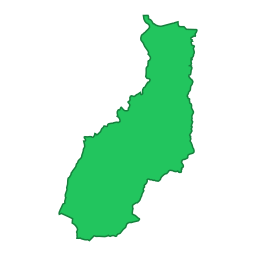 the district of Hueyapan, Puebla, Mexico
{"feature_id": "50627088B56291356806731", "entity_name": "Hueyapan", "entity_type": "district", "adm_level": 2, "iso_a3": "MEX", "parent_name": "Mexico", "parent_adm1": "Puebla", "projection": "robinson", "projection_center": [-97.395, 19.929], "detail": "fine", "context": "isolated", "style": "filled", "palette": "green", "viewbox_px": 256, "rotation_deg": 0, "n_neighbors": 0, "source": "geoboundaries", "source_scale": "gbopen_adm2", "svg_char_len": 5825}
<svg xmlns="http://www.w3.org/2000/svg" viewBox="0 0 256 256"><path d="M143.4,15.5L143.9,18.9L144.6,20.5L145.1,21.5L146.3,22.9L147.8,23.7L149.3,25.2L149.5,26.5L149.5,27.4L148.2,29.2L146.2,31.1L145.3,32.2L144.2,32.9L143.2,34.0L142.1,34.6L141.4,35.7L140.9,37.5L140.8,38.8L141.0,40.1L143.2,43.0L144.7,46.4L148.1,51.2L148.6,52.6L148.1,54.2L148.5,54.4L150.3,56.9L150.5,58.3L149.9,59.8L149.0,60.7L148.4,60.8L148.1,61.6L148.2,62.7L148.0,63.3L148.0,65.2L147.8,66.1L146.5,67.4L146.2,68.4L146.2,72.5L146.0,75.3L145.7,76.3L145.8,76.7L146.5,77.7L147.0,78.3L149.3,78.8L150.0,79.5L149.9,80.7L149.1,81.8L147.9,82.3L147.8,82.7L147.5,82.6L147.1,83.6L146.6,84.0L146.5,84.5L146.1,84.9L145.3,86.5L144.8,87.2L143.7,87.7L142.9,89.3L142.9,89.8L142.7,89.8L142.5,91.3L142.8,93.0L142.4,94.1L141.7,94.6L140.9,94.5L140.7,94.1L140.7,93.1L140.4,92.4L137.6,94.3L136.4,94.7L135.6,95.6L134.1,96.5L131.6,95.8L130.6,96.2L130.7,96.6L129.9,97.3L130.0,97.8L129.9,99.3L130.1,99.5L129.8,100.6L128.0,102.0L128.3,102.6L129.2,103.6L129.8,104.8L129.8,105.4L129.4,106.5L129.4,107.0L128.4,108.1L128.3,109.9L127.8,110.5L126.8,110.8L124.9,110.7L123.6,109.9L121.4,107.3L121.1,107.3L120.7,107.8L120.2,109.1L119.6,109.9L118.6,109.8L118.2,110.0L117.3,111.6L117.2,113.0L117.7,115.4L117.6,115.7L117.1,116.2L118.7,117.4L119.6,118.9L120.1,120.8L119.9,121.6L119.4,121.7L118.8,122.4L118.3,122.5L117.8,122.5L117.3,122.2L116.4,122.2L114.0,122.7L113.4,122.9L113.1,123.2L111.2,123.3L109.1,123.7L108.3,124.0L107.7,124.7L107.3,126.3L107.1,126.5L106.5,126.5L104.6,126.0L104.0,126.0L103.3,127.4L102.0,128.5L101.4,129.4L101.0,130.8L100.3,131.6L100.3,132.0L98.3,133.7L98.2,134.0L97.2,134.7L96.5,134.8L95.8,133.8L94.9,133.5L94.5,135.5L93.1,137.3L92.1,137.2L91.4,136.7L90.0,136.6L87.4,136.9L84.9,136.7L84.3,137.0L84.3,137.8L85.2,138.9L85.5,139.9L85.5,140.6L84.9,141.1L83.7,141.1L84.5,144.3L84.7,146.8L83.4,149.2L83.3,150.8L82.7,152.9L81.9,155.1L81.6,157.0L80.7,158.4L79.2,159.7L78.1,161.1L77.7,162.6L77.2,163.3L76.5,163.9L75.8,166.7L72.4,171.3L71.9,172.3L71.4,172.7L71.1,173.5L71.2,174.1L70.3,175.9L69.9,176.3L69.7,176.9L69.2,177.5L68.4,177.9L68.0,178.8L67.8,180.4L67.6,184.3L66.7,187.7L67.0,189.7L65.3,194.6L65.3,196.2L65.5,197.1L65.9,197.7L65.4,198.6L65.4,199.1L64.8,201.0L64.8,203.2L62.9,204.1L61.4,207.5L60.3,209.7L59.7,211.3L59.3,212.0L59.1,213.4L59.3,214.3L61.4,213.4L68.8,216.8L72.6,218.7L72.2,223.0L73.8,224.0L75.6,225.6L76.2,226.6L76.9,227.4L77.6,229.3L77.1,231.0L76.6,232.0L77.1,233.7L77.0,235.5L77.2,236.8L76.9,238.2L78.2,238.3L80.5,238.1L81.2,238.7L84.8,239.7L86.0,239.8L87.9,239.7L89.4,240.6L94.1,235.8L96.0,236.4L99.2,236.3L104.6,236.6L106.1,236.4L106.6,236.1L107.6,235.9L108.1,235.4L108.4,235.3L109.1,236.0L110.4,236.3L111.7,235.7L113.2,235.5L114.2,235.7L115.4,236.3L116.5,236.1L117.0,234.9L117.7,234.2L120.1,233.3L123.3,229.3L124.7,228.2L125.7,227.2L126.3,225.2L126.9,223.9L127.3,223.5L129.1,222.5L131.6,222.5L133.1,222.0L138.3,220.8L139.2,219.8L139.5,219.1L139.2,218.6L137.6,217.7L136.4,216.3L135.8,216.1L135.0,215.3L134.1,215.1L133.8,214.7L132.5,214.2L132.4,213.9L132.2,213.3L132.7,209.3L132.8,208.9L133.0,208.8L132.9,208.3L132.7,208.1L132.5,205.8L132.9,205.0L133.5,204.5L135.8,203.0L136.5,202.8L137.3,202.8L138.0,202.2L138.6,201.5L139.2,201.0L139.8,200.2L141.1,196.8L141.6,196.1L142.1,193.8L143.7,191.0L143.8,190.5L143.2,189.7L143.6,187.9L144.5,187.1L144.5,186.6L144.2,185.9L144.3,185.4L144.8,184.6L145.5,184.4L145.8,183.7L146.6,182.9L147.2,181.2L147.1,179.7L148.0,179.1L148.9,179.1L149.4,179.3L149.9,179.7L151.6,179.7L153.3,180.4L154.2,180.2L156.0,180.9L157.0,180.9L158.1,181.2L158.8,180.9L160.0,179.9L160.5,179.2L160.8,178.0L161.9,176.5L164.1,174.5L165.7,173.7L166.7,173.6L168.3,171.8L169.0,170.7L170.1,170.3L172.6,170.6L174.1,171.3L175.5,171.6L177.3,171.4L177.7,171.1L178.7,171.8L178.8,172.2L179.4,172.4L181.0,172.3L181.4,171.4L181.3,170.0L181.8,169.2L181.5,169.1L181.5,168.4L182.1,167.7L182.8,167.4L183.2,166.9L183.4,166.1L183.0,164.7L182.4,163.9L181.4,162.1L181.9,161.4L181.9,160.5L183.3,159.5L184.7,159.4L187.5,158.0L187.8,157.3L187.7,156.2L188.2,154.9L189.7,154.1L192.8,153.2L193.8,152.3L194.0,151.7L194.0,150.5L193.6,148.9L192.8,147.7L192.1,145.0L191.1,142.6L190.2,141.3L190.1,140.9L190.8,139.0L190.7,138.1L190.3,137.8L190.4,137.2L190.7,136.8L190.5,136.1L189.8,135.8L189.6,135.0L189.9,134.4L191.1,132.6L191.3,131.9L191.8,131.4L191.9,131.0L191.8,130.1L191.2,129.2L191.3,128.6L191.8,127.9L192.1,126.9L191.3,126.5L191.3,126.2L191.7,124.9L191.6,124.1L192.0,123.7L192.6,122.0L192.6,121.5L191.7,120.6L191.9,120.3L191.7,119.8L192.1,118.5L191.9,117.3L191.9,115.7L192.5,114.6L192.6,114.1L193.4,112.9L193.4,111.6L191.5,108.0L191.6,105.3L191.2,104.0L189.7,102.9L189.6,101.1L189.3,100.3L189.6,99.4L189.5,98.9L188.3,98.4L187.9,97.8L187.6,96.4L187.2,96.2L187.4,95.0L187.8,94.6L188.4,93.4L188.6,92.1L189.8,90.8L190.3,89.9L190.7,86.3L192.2,84.0L192.5,82.8L192.5,82.1L192.9,81.9L192.6,80.9L192.3,80.6L191.7,79.5L191.3,79.5L190.6,78.8L190.0,78.1L189.9,77.8L189.5,77.6L189.3,77.0L188.8,76.5L189.0,75.1L189.6,74.8L190.4,74.7L190.6,74.3L191.0,72.0L191.1,70.3L191.8,68.8L191.9,67.6L191.3,67.0L191.5,66.1L189.7,65.7L190.9,64.9L191.5,63.3L191.1,62.1L191.1,59.9L191.9,59.8L192.2,59.2L191.2,58.8L191.4,58.3L191.3,58.0L192.2,57.7L193.2,56.3L193.5,55.6L193.4,54.6L194.0,53.6L194.2,52.7L194.2,51.6L193.3,48.5L194.1,46.9L194.3,46.2L193.7,45.6L192.4,45.5L191.7,44.5L191.1,42.1L191.6,41.4L192.5,41.2L191.8,40.2L192.0,39.8L191.3,39.6L191.1,39.4L190.9,38.8L190.9,38.3L191.2,37.6L192.9,36.8L193.0,36.4L193.5,36.1L195.2,36.2L195.4,35.5L195.1,34.0L196.4,32.0L196.9,30.6L196.9,30.0L196.5,29.6L186.4,29.3L184.0,26.7L180.5,26.7L179.1,26.4L178.7,25.9L178.1,24.4L178.0,21.8L174.7,22.7L173.9,23.2L173.0,23.2L161.7,26.2L160.1,26.3L157.5,25.8L156.9,25.4L155.8,25.1L154.3,23.9L153.3,23.7L151.6,20.9L150.6,19.8L148.5,18.8L148.5,16.5L148.0,15.4L143.4,15.5Z" fill="#22c55e" stroke="#15803d" stroke-width="1.5"/></svg>